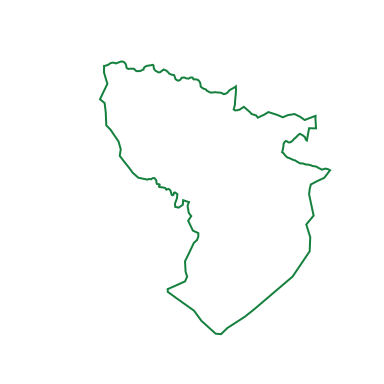 Segou, Ségou, Mali, rotated 204°
{"feature_id": "8926073B86377774430631", "entity_name": "Segou", "entity_type": "district", "adm_level": 2, "iso_a3": "MLI", "parent_name": "Mali", "parent_adm1": "Ségou", "projection": "natural_earth1", "projection_center": [-5.995, 13.785], "detail": "fine", "context": "isolated", "style": "outline", "palette": "green", "viewbox_px": 384, "rotation_deg": 204, "n_neighbors": 0, "source": "geoboundaries", "source_scale": "gbopen_adm2", "svg_char_len": 4172}
<svg xmlns="http://www.w3.org/2000/svg" viewBox="0 0 384 384"><g transform="rotate(204 192 192)"><path d="M65.6,198.8L74.4,208.8L71.3,219.9L84.1,237.5L85.7,242.7L86.5,247.2L82.2,252.7L76.9,258.8L74.8,267.7L74.7,268.0L75.7,268.1L76.2,268.1L77.5,268.1L77.8,268.0L79.3,267.8L80.6,266.8L81.5,266.0L82.1,265.5L82.5,265.2L84.1,265.4L84.4,265.4L85.6,265.4L86.2,265.4L87.4,265.6L88.2,265.8L89.4,265.6L91.1,265.2L92.0,264.9L92.5,264.7L94.0,264.8L96.1,264.5L97.6,264.0L97.8,264.0L98.5,263.7L99.1,263.5L99.6,263.3L100.4,263.4L101.0,263.3L102.0,263.2L103.0,263.0L103.7,262.5L104.6,262.3L105.2,262.1L105.8,262.2L106.3,262.3L107.2,262.3L107.7,262.4L108.3,262.4L109.6,262.6L110.8,262.8L112.7,262.5L114.3,262.5L115.2,262.5L115.9,262.6L116.4,262.6L118.6,262.3L120.5,262.8L122.3,263.6L123.5,264.3L124.4,264.7L125.9,265.0L126.0,266.3L127.1,271.1L127.9,273.1L127.8,275.1L127.4,275.9L127.0,276.8L125.6,276.9L124.5,276.6L123.4,276.7L122.2,277.7L121.0,279.6L120.4,281.9L119.5,283.6L118.8,285.4L118.2,287.1L117.2,289.0L114.3,288.9L112.4,288.4L111.2,288.1L110.5,287.4L109.5,286.2L108.0,285.8L111.0,297.9L107.8,299.2L104.6,300.6L109.1,309.3L110.1,311.8L118.4,303.6L123.5,304.7L130.1,304.9L135.7,301.2L139.4,297.2L145.4,297.1L154.7,296.1L157.5,292.0L159.8,289.4L162.1,286.7L164.6,288.0L169.2,287.5L171.7,288.6L179.3,290.9L182.0,286.6L184.2,284.9L186.0,284.1L187.5,284.4L188.3,289.2L189.8,293.1L192.3,300.5L193.1,302.5L193.4,303.6L194.0,304.6L194.7,305.9L194.9,306.3L195.1,305.9L196.3,304.0L197.0,303.2L197.9,301.9L199.1,300.3L200.0,297.3L200.7,296.1L201.6,295.2L201.8,295.0L203.1,294.2L205.2,294.6L205.6,294.5L206.7,294.2L209.2,293.3L211.4,292.6L214.1,291.0L214.3,291.0L215.8,290.3L219.7,290.6L220.9,291.3L223.5,291.1L225.5,291.4L226.9,291.8L228.5,294.5L229.7,295.7L231.3,296.6L233.2,296.8L234.8,296.2L235.6,295.9L236.2,295.6L236.9,295.8L237.2,296.3L237.6,296.5L238.2,296.7L240.0,295.9L240.8,294.8L241.2,294.2L243.3,293.5L245.0,293.5L245.5,293.5L246.7,292.9L247.4,292.6L248.0,291.8L248.3,289.9L248.8,289.1L249.1,288.8L249.4,288.5L249.6,288.4L250.2,288.0L250.5,288.0L252.5,288.3L253.0,288.6L253.4,288.7L253.5,288.9L254.0,289.6L255.9,291.5L258.3,290.9L259.0,290.8L259.5,290.9L261.0,290.9L262.4,291.6L264.3,292.3L264.8,292.4L265.9,292.5L267.2,292.3L267.8,292.3L268.8,290.4L269.5,289.1L269.7,288.7L269.9,288.4L270.2,288.3L271.3,287.6L271.6,287.7L273.3,287.8L274.2,287.9L274.5,287.9L274.9,288.0L276.9,289.1L277.6,290.1L278.2,291.4L279.1,292.2L279.8,292.1L280.1,291.8L281.1,291.1L284.5,288.9L286.1,286.9L286.4,285.2L286.3,284.8L286.1,284.2L286.5,283.8L287.5,282.7L288.2,281.8L288.7,281.4L289.0,281.2L289.3,281.1L290.2,280.6L290.3,280.5L291.8,279.9L292.0,279.9L292.3,279.9L293.6,280.3L294.3,280.6L294.7,280.9L296.3,280.6L296.7,280.3L297.2,280.1L298.1,279.8L298.3,279.7L298.7,279.5L299.3,279.1L300.2,278.5L301.0,278.6L302.1,278.7L302.8,279.5L303.6,280.9L304.9,282.1L306.0,282.7L307.7,283.1L308.7,282.8L309.8,282.4L313.0,279.3L313.3,279.0L314.0,278.4L314.9,278.5L315.6,278.4L315.8,278.3L317.0,278.0L318.8,276.6L320.4,274.0L322.9,271.8L323.0,271.7L323.6,271.4L321.0,265.4L313.3,256.4L313.8,239.3L308.0,237.7L303.2,229.7L297.4,218.0L291.6,215.7L279.6,208.2L274.5,202.1L272.7,195.6L268.1,193.1L258.7,188.2L253.9,185.4L246.8,183.2L237.7,185.2L236.8,186.3L235.5,186.8L234.5,187.0L234.3,187.5L233.5,188.7L232.2,189.4L231.1,189.1L230.3,188.5L229.6,188.3L229.1,187.7L228.3,186.1L227.1,185.0L226.1,185.4L225.2,185.7L224.7,185.7L224.4,185.4L224.4,183.7L224.3,183.4L223.2,183.4L221.6,184.0L219.5,184.5L218.4,184.8L217.8,184.7L217.4,184.4L216.9,183.9L216.3,183.7L215.8,184.4L215.0,185.1L214.0,185.2L212.4,184.7L210.0,181.8L209.3,181.1L208.5,181.1L207.9,181.7L207.9,183.0L208.1,184.1L207.3,184.7L204.5,184.1L203.2,180.2L202.8,174.3L201.3,171.6L197.8,172.3L195.2,176.6L196.7,180.9L190.6,181.5L190.6,179.9L190.5,178.6L190.2,177.1L188.7,175.1L187.7,173.3L186.1,171.4L184.0,170.2L182.9,169.7L183.8,164.2L175.5,157.1L169.5,157.0L168.1,153.8L167.9,150.1L169.6,146.4L169.9,133.3L170.2,125.9L165.4,116.5L162.0,112.7L162.0,107.5L174.7,93.4L173.5,90.9L163.2,88.7L141.9,84.4L130.9,78.1L112.8,72.2L107.6,74.0L104.4,82.1L93.1,99.4L87.8,109.5L65.7,155.7L60.4,185.7L65.6,198.8Z" fill="none" stroke="#15803d" stroke-width="2"/></g></svg>